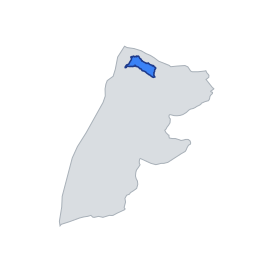 Golakonneh, Grand Cape Mount, Liberia (highlighted), rotated 73°
{"feature_id": "62588387B70898832426748", "entity_name": "Golakonneh", "entity_type": "district", "adm_level": 2, "iso_a3": "LBR", "parent_name": "Liberia", "parent_adm1": "Grand Cape Mount", "projection": "natural_earth1", "projection_center": [-10.924, 7.106], "detail": "fine", "context": "in_parent", "style": "filled", "palette": "blue", "viewbox_px": 256, "rotation_deg": 73, "n_neighbors": 0, "source": "geoboundaries", "source_scale": "gbopen_adm2", "svg_char_len": 5221}
<svg xmlns="http://www.w3.org/2000/svg" viewBox="0 0 256 256"><g transform="rotate(73 128 128)"><path d="M48.8,107.4L50.8,105.4L53.8,99.0L58.0,92.8L62.0,89.1L65.1,85.4L68.4,82.5L73.1,79.1L80.2,70.3L81.9,69.2L83.1,63.1L84.9,55.3L87.0,52.9L91.9,51.4L93.0,50.1L94.7,44.6L95.9,38.2L96.0,36.8L97.9,36.6L101.2,35.2L103.1,35.9L103.9,37.7L104.4,39.2L114.4,35.3L115.2,34.4L115.8,34.6L117.0,38.2L117.8,38.0L118.4,36.9L119.0,36.8L119.8,37.3L120.6,39.0L121.9,40.5L124.0,41.5L125.4,43.0L125.3,46.8L125.8,50.6L126.7,51.5L127.2,53.7L127.5,56.1L128.0,57.4L128.4,59.9L128.2,62.6L128.6,64.4L130.2,67.7L131.2,71.7L131.2,74.6L130.6,77.6L129.6,80.4L127.7,83.4L127.5,84.6L128.6,85.4L130.3,85.5L131.7,84.9L135.3,86.3L137.1,88.3L138.8,90.7L140.2,92.0L140.9,93.5L143.4,93.1L146.3,91.6L146.9,90.9L147.8,91.3L149.7,91.4L151.0,88.8L152.0,85.7L154.3,82.3L155.4,81.0L155.7,78.9L155.8,76.1L156.6,73.7L158.5,72.4L160.5,72.4L161.6,72.9L162.2,75.2L163.8,77.0L165.2,78.2L165.9,78.7L167.1,80.1L168.2,84.8L172.5,99.9L172.3,104.0L171.5,106.8L171.4,109.4L171.2,112.1L168.5,116.4L160.7,125.2L161.3,126.0L163.2,127.0L165.1,127.5L166.7,127.2L168.6,129.4L170.7,132.2L172.9,133.6L176.2,134.9L179.0,135.0L181.4,134.5L184.7,135.1L188.3,137.4L189.6,141.2L190.5,144.5L191.7,146.1L191.9,149.0L194.4,151.5L198.1,152.0L202.8,154.9L204.0,154.8L204.5,154.4L205.1,155.0L206.3,163.5L207.2,168.0L206.7,169.8L206.1,171.2L206.1,178.1L203.9,182.0L203.6,186.3L203.0,187.7L200.7,189.0L200.7,192.3L200.1,196.3L199.9,200.6L200.5,211.7L200.6,220.0L201.7,221.6L197.2,220.9L184.2,214.5L174.1,210.9L140.4,190.1L131.0,181.8L120.3,169.4L96.3,144.4L90.8,140.4L83.9,138.5L79.6,136.3L76.6,134.0L74.2,127.1L68.2,123.0L57.1,117.1L48.8,107.4Z" fill="#d9dde1" stroke="#a8b0b8" stroke-width="1"/><path d="M69.3,113.0L69.3,112.9L69.2,112.6L69.3,112.5L69.4,112.4L69.6,112.4L69.6,112.1L69.6,111.9L69.5,111.7L69.4,111.6L69.1,111.3L69.0,111.2L68.9,111.0L68.8,110.8L68.8,110.5L68.8,110.3L68.8,110.2L69.0,109.9L69.2,109.6L69.3,109.4L69.4,109.2L69.5,108.9L69.7,108.5L69.7,108.4L69.7,108.2L69.8,108.1L69.8,107.9L69.8,107.7L70.0,107.5L70.0,107.4L69.9,107.1L70.0,106.8L70.1,106.7L70.3,106.4L70.5,106.2L70.6,105.4L70.4,105.2L70.4,104.9L70.5,104.8L70.5,104.7L70.8,104.5L70.8,104.4L70.7,104.2L70.8,103.9L70.8,103.7L70.7,103.6L70.7,103.4L70.6,103.2L70.3,103.0L70.1,102.9L70.3,102.6L70.6,102.5L70.8,102.4L71.1,102.5L71.3,102.5L71.5,102.4L71.7,102.0L71.7,101.9L71.8,101.7L71.9,101.3L72.0,101.2L72.4,100.7L72.5,100.6L72.7,100.4L72.8,100.4L73.0,100.2L73.5,99.9L73.8,99.8L74.0,99.7L74.3,99.5L74.6,99.4L74.8,99.3L74.8,99.1L74.8,98.9L74.9,98.6L75.3,98.5L75.4,98.4L75.5,98.3L75.6,98.1L75.8,98.1L76.0,98.1L76.4,98.0L76.5,97.8L76.8,97.7L76.9,97.8L77.2,97.7L77.3,97.7L77.5,97.5L77.5,97.3L77.7,97.0L77.9,96.6L78.0,96.5L78.1,96.4L78.1,96.2L78.4,96.0L78.6,95.8L78.7,95.6L78.8,95.4L79.0,95.3L79.3,95.0L79.5,94.7L79.8,94.7L80.0,94.6L80.3,94.4L80.5,94.3L80.8,94.2L81.0,94.0L81.7,93.5L81.8,93.4L82.3,93.0L82.8,92.6L83.1,92.4L83.4,92.2L83.5,91.8L83.8,91.6L84.1,91.3L84.4,91.2L84.9,90.9L85.3,90.6L85.6,90.4L85.8,90.3L85.9,90.0L86.1,89.8L86.2,89.7L86.4,89.6L86.7,89.4L86.8,89.3L86.8,89.2L87.0,89.0L87.0,88.8L87.0,88.5L87.0,88.2L87.0,87.7L87.0,87.4L86.8,87.4L86.6,87.5L86.4,87.6L86.0,87.6L85.9,87.6L85.7,87.7L85.2,87.9L84.9,87.9L84.6,87.7L84.1,87.5L83.8,87.2L83.7,87.2L83.1,87.2L82.9,87.2L82.6,87.1L82.4,86.8L82.4,86.7L81.6,86.0L80.4,85.6L79.7,85.2L79.7,84.7L78.8,83.9L78.6,84.0L78.3,84.1L77.9,84.3L77.7,84.4L77.6,84.6L77.5,84.8L77.3,84.9L77.0,85.0L76.8,85.2L76.6,85.3L76.4,85.3L76.2,85.3L75.9,85.3L75.8,85.5L75.6,85.7L75.5,85.9L75.5,86.1L75.8,86.2L75.8,86.3L75.8,86.5L75.7,86.6L75.3,86.6L75.2,86.5L74.7,87.0L74.5,87.5L74.3,87.7L74.1,87.9L74.0,88.0L73.9,88.2L73.8,88.3L73.7,88.4L73.6,88.6L73.3,88.8L73.1,89.0L72.8,89.0L72.7,89.2L72.6,89.3L72.4,89.4L72.2,89.4L72.0,89.5L71.9,89.5L71.7,89.6L71.7,89.9L71.8,90.0L71.9,90.4L71.8,90.5L71.7,90.8L71.6,91.0L71.4,91.2L71.4,91.4L71.4,91.5L71.6,91.5L71.5,91.8L71.2,91.8L71.0,92.0L70.9,92.1L70.7,92.3L70.5,92.5L70.3,92.8L70.2,92.8L70.0,93.1L69.8,93.2L69.7,93.4L69.6,93.5L69.4,93.7L69.2,93.9L69.0,94.0L68.9,94.1L68.6,94.4L68.4,94.5L68.0,94.7L67.9,94.7L67.8,94.9L67.8,95.0L67.6,94.9L67.3,95.1L67.0,95.3L66.7,95.4L66.6,95.5L66.5,95.4L66.3,95.4L66.0,95.4L65.8,95.5L65.6,95.7L65.5,95.8L65.3,96.0L65.2,96.2L64.9,96.3L64.7,96.4L64.3,96.4L64.1,96.5L63.7,96.6L63.3,96.6L63.1,96.7L62.7,96.8L62.4,97.1L62.2,97.2L62.2,97.3L62.2,97.5L62.0,97.9L62.0,98.2L61.9,98.4L62.0,98.4L62.3,98.4L62.3,98.5L62.4,98.8L62.3,99.0L62.2,99.2L62.2,99.4L62.1,99.5L61.9,99.7L61.9,99.8L61.8,100.0L61.7,100.3L61.8,100.5L61.7,100.5L61.7,100.8L61.5,101.0L61.4,101.1L61.4,101.4L61.3,101.5L61.2,101.6L60.9,101.7L60.9,102.0L61.0,102.0L61.1,102.3L61.0,102.5L61.3,102.7L61.3,102.8L61.4,103.0L61.3,103.3L61.5,103.4L61.4,103.5L61.5,103.7L61.6,103.8L61.4,103.9L61.1,103.7L60.9,103.7L60.8,103.8L61.0,104.1L61.0,104.3L61.0,104.5L61.3,104.5L61.5,104.6L61.8,104.5L62.1,104.4L62.3,104.4L62.5,104.4L62.9,104.5L63.2,104.6L63.3,104.7L63.6,104.8L63.9,105.1L64.1,105.4L64.3,105.7L64.6,106.0L64.8,106.1L65.0,106.4L65.1,106.6L65.8,107.3L66.1,107.6L66.2,107.8L66.5,108.0L66.9,108.4L67.1,108.5L67.2,109.0L67.2,110.5L67.5,111.3L68.2,112.1L68.6,112.7L68.8,112.8L69.0,112.9L69.1,113.0L69.3,113.0Z" fill="#3b82f6" stroke="#1e3a8a" stroke-width="1.5"/></g></svg>